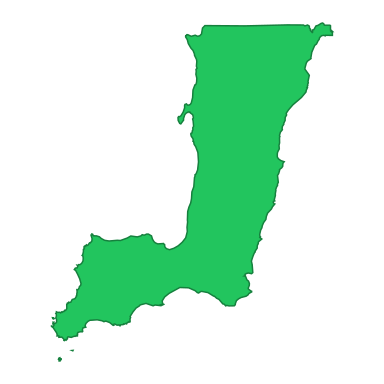 outline of Yorke Peninsula, South Australia, Australia
{"feature_id": "25037944B39877699410120", "entity_name": "Yorke Peninsula", "entity_type": "district", "adm_level": 2, "iso_a3": "AUS", "parent_name": "Australia", "parent_adm1": "South Australia", "projection": "albers", "projection_center": [137.377, -34.732], "detail": "fine", "context": "isolated", "style": "filled", "palette": "green", "viewbox_px": 384, "rotation_deg": 0, "n_neighbors": 0, "source": "geoboundaries", "source_scale": "gbopen_adm2", "svg_char_len": 5889}
<svg xmlns="http://www.w3.org/2000/svg" viewBox="0 0 384 384"><path d="M287.3,24.9L245.1,25.9L204.9,25.6L202.5,28.1L201.5,34.0L199.8,35.7L197.7,36.3L195.2,35.2L191.2,36.3L187.8,34.7L186.8,34.7L186.3,35.7L185.7,35.7L185.6,36.9L187.3,39.7L188.3,43.6L191.1,48.4L193.0,50.4L194.4,53.9L194.5,55.3L196.5,59.5L196.8,61.5L196.4,66.2L197.1,68.2L196.0,69.4L196.2,71.5L195.9,74.3L196.8,78.2L196.6,81.9L196.1,83.9L195.5,84.8L194.9,84.9L193.0,90.0L192.6,97.6L191.3,102.9L190.3,104.4L189.0,105.1L187.4,105.1L186.5,103.9L185.0,104.4L184.6,105.3L184.6,107.9L183.1,112.2L180.9,115.8L179.3,116.8L178.6,116.6L178.0,117.6L178.2,120.5L179.7,123.4L180.8,123.9L183.6,120.1L183.5,118.7L184.8,114.6L186.5,112.8L187.4,112.4L188.4,112.6L187.9,112.2L188.6,111.9L190.0,112.1L190.5,112.7L189.4,112.2L192.2,114.3L192.9,115.2L193.4,118.0L192.6,119.0L193.1,120.8L193.6,126.3L192.8,127.7L192.9,129.9L192.4,130.5L192.0,132.9L191.0,133.3L190.8,134.0L191.2,136.1L192.9,138.6L193.3,140.3L192.9,141.2L193.7,141.8L194.1,144.3L195.7,146.7L197.9,152.5L198.5,161.9L197.6,170.0L196.1,173.8L194.9,174.9L195.1,176.1L194.5,177.5L193.8,186.7L191.9,191.9L191.5,198.7L190.7,202.9L188.9,207.2L187.7,211.5L187.4,220.1L187.6,221.9L187.0,227.3L187.3,231.6L185.7,237.8L182.3,242.2L178.2,245.8L174.0,248.2L169.5,249.7L166.5,248.7L165.6,247.8L164.8,246.7L164.6,244.5L163.8,244.1L163.5,243.5L157.8,243.9L155.4,242.9L154.0,241.7L152.5,239.2L151.5,235.9L148.4,234.1L146.6,234.1L144.2,235.2L142.2,234.7L140.9,235.9L137.3,236.9L130.8,236.0L127.3,238.0L120.4,240.5L117.2,240.3L109.1,241.0L104.6,240.3L101.3,238.5L99.4,236.8L96.6,235.9L93.4,235.8L92.6,234.2L92.0,234.0L92.1,234.8L91.0,235.1L92.1,238.7L91.8,241.2L90.1,243.0L89.7,242.8L89.1,243.4L88.4,244.7L87.4,245.4L86.7,244.9L86.5,245.5L86.1,245.2L84.8,246.0L85.0,246.5L84.1,246.6L84.0,248.2L84.3,248.8L83.4,249.4L83.4,251.7L82.7,254.8L82.1,255.4L83.0,256.2L83.2,258.4L83.0,260.9L82.4,262.1L81.6,263.4L79.9,264.7L78.6,264.6L77.9,265.5L77.2,265.3L77.8,266.3L77.2,267.8L75.3,268.1L74.3,269.6L75.6,270.4L77.6,274.2L79.7,278.8L81.0,283.5L80.7,285.3L79.4,286.6L79.0,288.2L77.7,289.9L76.9,289.7L77.2,292.6L76.9,292.9L76.7,295.8L76.3,295.9L76.1,296.9L74.9,298.7L72.2,299.5L70.8,302.2L69.2,302.5L68.8,302.2L68.4,303.1L67.5,303.0L67.4,303.9L66.7,304.2L66.8,308.7L65.5,310.5L64.6,310.3L64.0,311.5L62.9,311.6L62.2,312.3L61.6,311.9L60.7,312.9L59.8,312.3L57.7,312.4L56.4,311.8L56.3,312.9L55.8,313.4L56.2,313.8L56.4,315.9L55.8,318.0L56.6,319.5L56.6,322.0L55.7,323.2L54.8,323.6L53.0,323.1L52.8,323.9L53.6,324.0L53.0,324.4L53.7,324.3L54.0,325.2L53.4,326.3L51.5,326.0L51.5,326.4L53.1,327.6L56.5,332.7L57.1,334.1L57.0,334.9L57.5,335.3L57.1,335.9L59.0,336.1L58.9,337.3L61.8,337.1L63.5,338.8L64.1,339.8L63.9,340.4L64.5,340.6L65.1,339.7L65.6,339.6L66.1,340.2L66.9,339.5L67.0,339.0L67.5,338.7L67.4,337.6L68.1,336.8L71.3,337.4L74.3,336.2L75.0,336.4L76.2,335.8L77.0,336.1L77.5,335.8L77.2,334.8L77.7,334.1L77.4,333.6L77.8,332.5L79.9,331.8L82.4,331.8L82.8,331.1L82.3,330.1L83.0,327.9L85.8,327.2L85.1,325.9L85.8,323.6L87.9,321.4L89.9,320.3L97.2,319.8L102.2,320.8L103.9,321.7L105.8,321.1L109.6,322.5L113.2,325.4L113.6,325.3L113.3,325.0L113.5,324.4L114.8,324.0L117.1,325.2L118.5,324.9L119.5,325.6L119.8,325.2L120.2,325.6L120.6,324.8L123.2,324.6L123.6,323.9L124.2,324.2L125.4,323.5L126.6,323.9L127.3,322.5L128.2,322.4L128.7,321.8L129.6,322.1L130.1,321.8L130.0,318.7L130.6,317.6L130.1,316.5L132.9,312.0L136.1,308.0L139.4,305.9L140.2,304.9L146.0,303.4L153.1,305.8L155.1,305.0L161.0,305.7L163.7,304.4L163.6,304.2L163.0,304.0L163.4,304.2L161.7,305.0L160.9,304.7L162.7,304.1L162.2,300.9L164.7,296.9L169.2,293.3L179.8,287.5L188.6,287.8L195.2,290.7L197.3,292.6L198.6,293.0L200.8,291.5L201.8,291.4L208.0,292.6L213.6,296.1L214.4,296.2L216.6,298.2L219.0,299.4L222.8,303.9L224.2,304.2L225.7,305.9L226.8,305.4L229.0,305.9L234.3,305.8L235.3,304.7L235.3,303.8L236.4,300.7L238.5,298.9L241.1,297.5L246.1,296.2L248.0,294.9L248.9,293.5L251.7,291.9L251.6,291.2L251.0,291.1L248.4,289.0L248.2,288.2L249.3,285.4L249.4,283.5L248.5,281.1L246.9,279.8L245.5,276.2L244.4,276.0L245.2,275.6L245.0,274.4L246.4,273.5L248.3,273.0L251.6,273.7L252.8,272.6L252.2,264.8L251.4,261.1L252.8,256.7L254.2,253.2L255.2,251.9L255.0,251.4L257.2,248.1L257.2,246.3L257.5,244.9L258.3,243.7L258.2,242.9L258.6,241.7L261.8,239.0L259.8,237.5L260.4,236.8L259.9,236.4L259.7,234.3L260.7,230.0L261.9,227.8L262.3,225.7L263.6,222.6L265.9,219.4L266.3,216.6L267.6,213.1L271.5,208.9L272.4,206.9L274.8,204.0L273.9,203.7L273.2,202.2L273.5,201.3L274.8,200.9L274.3,199.7L275.4,195.4L275.3,193.8L275.9,190.4L275.7,189.5L276.8,186.5L277.5,185.7L277.5,183.9L278.3,182.4L277.5,175.4L278.6,173.7L279.6,170.5L279.5,169.6L281.7,167.8L282.7,166.4L282.9,163.3L284.2,161.7L280.9,160.6L278.4,158.8L277.3,156.9L277.3,153.7L277.7,151.9L279.3,148.9L279.0,145.3L279.6,142.9L279.5,137.7L279.9,136.4L279.5,135.9L279.6,134.9L280.4,132.2L282.4,129.7L282.1,128.6L282.4,126.4L283.8,124.3L283.8,123.1L285.1,120.5L285.2,117.4L286.6,115.0L286.2,113.3L288.4,110.0L292.8,104.9L301.5,97.4L306.0,92.0L306.2,90.4L307.2,88.2L306.9,87.8L307.5,87.5L307.3,86.0L307.8,85.5L307.7,84.0L308.3,82.9L308.0,81.5L309.3,75.3L304.9,69.1L305.0,67.9L306.3,63.0L307.4,61.2L311.0,58.6L310.8,58.2L311.8,52.2L314.7,45.4L316.5,44.0L318.1,40.7L319.1,39.5L319.6,37.6L321.6,35.7L323.9,35.3L325.2,35.9L325.6,35.3L332.4,35.4L332.4,32.7L331.2,31.5L332.5,31.5L330.5,29.6L330.5,25.7L329.9,25.2L324.4,25.2L323.6,23.6L322.5,23.0L321.1,23.4L318.1,25.3L316.0,25.9L313.8,29.7L312.3,30.0L312.7,32.0L312.2,32.5L310.4,30.5L310.3,29.0L309.5,28.1L309.3,26.1L307.6,25.0L304.9,25.9L303.4,25.0L287.3,24.9ZM59.4,359.4L59.0,360.3L59.1,361.0L60.1,360.9L60.1,359.8L60.5,360.2L61.2,359.5L61.2,358.8L60.2,358.6L59.9,357.7L58.8,358.2L58.5,359.3L59.4,359.4ZM54.2,318.6L53.6,317.8L52.5,317.7L52.8,318.6L53.5,319.0L54.2,318.6ZM53.1,322.2L53.4,322.8L53.8,322.2L53.1,322.2ZM72.1,350.5L72.8,350.8L73.0,350.4L72.1,350.5Z" fill="#22c55e" stroke="#15803d" stroke-width="1.5"/></svg>